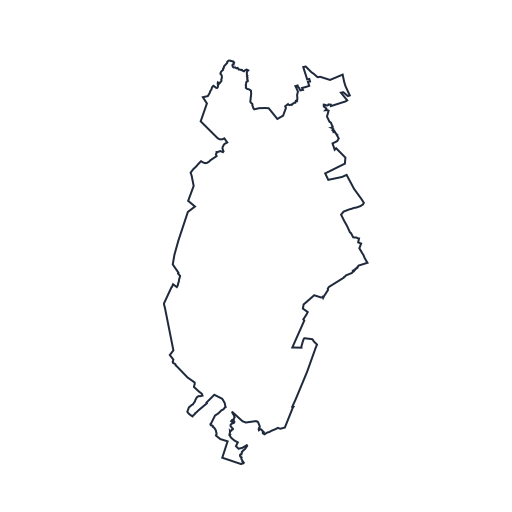 Chilón, Chiapas, Mexico (Natural Earth projection), rotated 111°
{"feature_id": "50627088B49447190388441", "entity_name": "Chilón", "entity_type": "district", "adm_level": 2, "iso_a3": "MEX", "parent_name": "Mexico", "parent_adm1": "Chiapas", "projection": "natural_earth1", "projection_center": [-92.093, 17.107], "detail": "fine", "context": "isolated", "style": "outline", "palette": "slate", "viewbox_px": 512, "rotation_deg": 111, "n_neighbors": 0, "source": "geoboundaries", "source_scale": "gbopen_adm2", "svg_char_len": 6016}
<svg xmlns="http://www.w3.org/2000/svg" viewBox="0 0 512 512"><g transform="rotate(111 256 256)"><path d="M417.6,190.8L416.3,189.9L416.1,189.6L416.1,188.8L416.6,187.8L417.0,187.4L417.3,186.7L417.2,186.3L417.6,185.6L417.9,185.4L418.4,185.5L418.8,185.7L418.9,186.1L419.1,186.0L419.4,184.1L416.9,182.4L415.5,180.4L413.8,179.1L410.2,175.3L408.7,174.1L408.5,171.3L405.8,167.6L384.9,167.3L383.4,167.0L383.7,168.1L375.4,167.6L346.0,166.8L320.5,167.4L316.8,167.3L315.1,171.3L313.8,173.0L313.5,173.6L315.4,181.4L316.5,181.7L318.5,181.7L324.0,181.2L325.3,180.7L328.4,189.3L299.0,187.8L298.2,189.1L292.6,187.9L289.8,187.6L288.3,193.4L284.2,194.2L271.8,187.6L271.4,180.5L270.8,179.3L270.3,179.1L271.1,178.3L269.1,178.1L261.9,176.6L260.8,177.3L258.7,176.8L244.8,166.3L244.2,166.3L243.8,166.1L243.4,165.6L241.9,165.1L237.5,160.4L236.3,159.9L236.4,160.1L235.8,160.0L236.0,159.8L235.5,159.6L235.2,159.9L235.1,159.5L234.5,159.6L234.6,159.0L232.5,158.3L231.6,157.7L231.6,158.1L230.1,157.1L229.6,157.3L229.2,157.1L228.1,156.7L222.4,149.5L220.7,151.7L218.7,154.1L216.5,156.1L215.5,157.6L211.7,162.3L206.7,162.3L206.7,165.5L202.8,166.1L203.0,166.5L202.8,169.1L203.6,171.1L203.7,172.0L200.6,175.5L200.3,176.7L195.5,181.6L191.5,186.4L186.9,191.4L183.1,190.1L178.7,185.2L177.9,183.9L176.1,181.9L174.6,179.4L172.0,176.4L169.5,174.6L167.7,174.4L165.1,177.9L158.2,188.5L147.8,200.5L151.3,203.9L159.0,215.8L154.1,221.0L137.9,206.1L132.1,207.8L126.7,219.8L128.6,220.6L123.5,224.9L119.7,221.4L116.6,220.9L113.8,224.3L113.6,224.0L112.8,225.6L111.3,227.4L112.3,226.9L112.6,228.0L111.8,228.4L111.5,227.7L110.8,228.1L110.8,228.6L111.4,229.2L111.2,229.8L109.7,229.5L109.2,230.5L109.2,231.4L108.6,230.5L107.6,230.8L107.6,231.2L104.6,233.9L104.4,235.4L100.4,239.7L94.3,240.3L94.2,241.4L95.1,243.5L94.3,243.2L93.2,243.1L92.6,244.3L92.2,246.2L91.3,246.7L90.4,247.0L90.1,245.8L90.2,244.5L89.9,243.3L89.2,242.6L88.5,242.6L87.9,240.4L89.2,239.8L79.6,227.8L78.0,226.6L73.1,235.2L71.8,233.2L73.8,227.5L72.5,226.0L65.4,233.3L61.7,236.2L55.6,240.1L65.1,250.0L65.7,260.3L67.0,262.6L65.2,267.5L64.6,270.1L61.3,277.5L62.7,279.6L72.8,271.5L71.6,269.7L73.7,268.1L74.8,269.9L78.1,267.3L80.3,270.0L82.6,273.2L84.1,271.7L85.5,274.0L83.5,276.3L83.0,277.4L81.9,278.3L83.3,280.1L85.0,278.2L87.6,275.7L90.8,275.4L94.6,273.6L95.3,273.7L96.7,273.2L96.9,274.4L98.8,274.2L99.0,275.0L100.5,276.1L102.0,276.7L101.8,277.1L103.0,278.6L103.2,280.2L102.8,280.6L105.8,282.4L107.1,281.1L115.3,281.0L120.4,285.2L113.5,297.1L114.6,300.6L116.9,306.1L119.7,310.2L119.2,311.3L118.4,311.7L116.9,313.3L115.8,313.6L115.3,314.0L114.6,316.0L114.0,316.6L106.1,318.7L103.4,320.0L102.9,322.4L103.2,324.1L102.6,325.8L100.8,326.2L100.1,326.9L99.0,326.9L97.3,327.4L96.6,327.2L95.9,326.4L95.5,326.3L95.2,326.9L94.1,327.2L93.8,327.8L92.6,327.8L91.8,328.8L90.8,328.6L90.4,329.3L88.0,330.3L86.8,330.4L85.5,329.8L85.3,331.0L85.4,331.7L86.3,332.6L87.9,333.4L87.7,335.8L87.3,335.9L87.3,336.2L87.7,336.6L87.8,338.1L88.1,339.0L87.4,339.7L87.0,340.6L87.7,341.2L87.8,341.7L87.4,343.0L88.0,344.5L87.7,345.4L86.4,346.4L85.7,346.4L85.0,346.0L85.0,345.7L84.6,345.9L83.4,345.6L83.0,346.0L82.9,346.9L82.6,347.1L82.8,347.5L82.7,348.5L83.0,349.1L82.8,349.8L83.2,351.3L83.5,351.6L84.3,351.9L84.6,352.3L85.3,352.4L86.1,352.1L90.3,353.8L92.2,353.5L92.7,353.9L94.0,353.4L95.6,354.3L96.6,354.6L97.9,354.7L98.7,354.5L99.0,353.6L100.1,352.5L102.2,351.6L103.7,351.7L104.9,351.0L107.8,351.9L107.6,353.8L109.0,353.5L109.1,352.5L110.3,352.6L111.9,352.2L112.5,352.3L113.1,352.6L113.3,353.5L112.3,356.7L112.6,356.9L114.4,357.5L116.6,357.3L118.1,357.7L120.8,357.7L124.0,358.3L126.8,362.5L131.2,356.5L150.1,355.9L159.7,334.2L159.9,333.2L160.0,331.9L159.8,330.7L159.3,329.6L158.4,328.5L157.5,327.8L160.3,323.5L162.6,325.5L163.6,325.9L166.0,326.2L167.6,325.9L170.0,323.8L170.9,324.1L170.8,326.9L172.7,329.1L173.1,330.1L174.2,329.7L175.4,329.9L176.9,328.6L183.0,332.9L184.5,333.5L186.6,335.1L187.3,336.2L187.6,337.1L187.6,339.2L187.2,341.3L191.7,343.2L193.8,343.9L197.5,345.7L201.6,346.9L204.2,344.8L212.9,339.3L228.8,339.1L231.7,330.7L239.3,335.4L269.3,334.0L284.1,332.6L293.7,330.7L299.4,322.4L300.3,322.5L301.8,319.7L305.3,319.4L308.1,318.8L309.3,318.9L311.4,318.5L313.4,318.8L312.1,323.3L315.2,323.4L315.5,323.7L333.3,324.9L334.5,324.3L337.1,322.4L373.7,299.3L379.3,301.0L382.4,296.0L383.0,296.0L384.0,295.7L384.6,295.9L385.5,295.2L385.8,292.8L386.2,292.1L386.9,291.8L387.5,290.1L393.9,276.5L396.1,267.9L397.4,267.4L400.5,267.0L402.9,261.0L404.0,257.3L405.5,255.9L406.8,257.7L407.4,259.4L409.1,260.6L412.2,261.0L413.6,260.9L417.3,261.8L418.1,262.6L421.4,264.4L426.0,264.3L427.0,262.9L428.0,260.1L428.5,257.8L426.9,257.3L425.6,256.5L424.5,256.4L423.3,255.5L422.4,255.2L419.8,253.9L411.2,249.1L410.6,249.7L400.5,245.2L401.4,236.5L402.1,235.4L404.5,232.5L408.1,230.2L408.6,230.9L409.9,231.1L411.0,231.6L411.7,232.2L412.1,232.8L416.3,234.7L419.7,237.1L428.2,237.9L429.0,238.3L429.7,238.1L430.2,237.6L429.9,236.4L430.2,235.4L431.0,235.1L431.1,234.2L431.4,233.3L431.8,233.0L432.0,232.5L432.8,231.5L433.6,230.7L434.8,230.0L435.5,229.4L436.9,228.9L437.7,229.2L438.1,228.8L439.7,223.7L439.2,216.1L456.4,215.2L455.6,195.3L455.1,195.0L454.0,193.4L453.4,193.3L453.0,194.1L452.7,194.3L452.7,195.1L452.0,195.3L450.7,196.9L449.6,197.4L449.2,197.3L448.8,198.9L447.7,199.6L446.7,199.4L446.4,198.5L445.4,198.6L443.9,199.0L443.3,198.5L442.5,198.5L440.8,197.4L439.7,197.0L436.4,196.2L436.0,196.6L435.9,196.8L440.0,200.0L442.2,203.2L440.7,206.6L436.5,206.2L436.1,209.5L435.4,211.9L434.4,214.4L432.8,216.5L432.0,216.1L431.7,216.9L429.9,217.1L429.0,217.5L429.2,217.2L428.0,216.7L427.7,216.4L427.2,216.5L426.1,215.5L425.7,215.5L424.2,218.4L423.4,219.1L422.4,219.2L420.9,218.3L419.9,216.9L419.0,216.9L418.6,216.7L418.0,217.4L418.2,217.6L419.6,218.1L419.1,220.0L417.7,219.5L417.7,219.0L416.4,218.2L415.8,218.5L414.4,218.1L412.2,220.0L411.6,221.0L409.9,222.7L415.1,209.4L415.1,205.8L410.3,197.2L410.4,196.5L410.0,196.1L410.3,194.6L413.6,191.5L414.9,191.2L415.2,191.5L415.7,191.3L416.6,191.5L417.6,190.8Z" fill="none" stroke="#1e293b" stroke-width="2"/></g></svg>